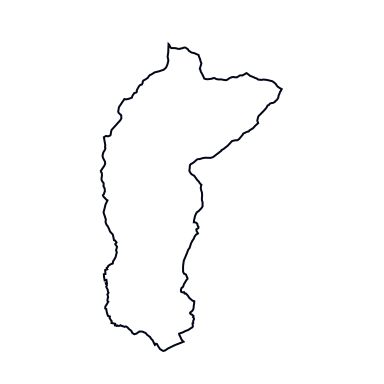 outline of Halmagel, Arad, Romania, rotated 348°
{"feature_id": "2599482B92000052387360", "entity_name": "Halmagel", "entity_type": "district", "adm_level": 2, "iso_a3": "ROU", "parent_name": "Romania", "parent_adm1": "Arad", "projection": "robinson", "projection_center": [22.664, 46.307], "detail": "fine", "context": "isolated", "style": "outline", "palette": "ink", "viewbox_px": 384, "rotation_deg": 348, "n_neighbors": 0, "source": "geoboundaries", "source_scale": "gbopen_adm2", "svg_char_len": 5917}
<svg xmlns="http://www.w3.org/2000/svg" viewBox="0 0 384 384"><g transform="rotate(348 192 192)"><path d="M271.0,138.4L270.9,137.3L270.7,135.7L271.4,134.2L272.4,132.2L273.0,131.5L275.3,130.0L278.2,128.1L279.8,127.0L282.3,125.1L283.9,123.1L285.3,122.9L286.4,121.9L287.3,121.6L289.0,121.6L289.8,121.7L291.8,121.1L292.4,120.5L294.5,119.3L296.0,117.7L296.8,115.6L297.8,114.3L299.1,112.2L300.2,111.3L300.4,110.7L301.1,110.0L300.5,109.5L298.7,107.8L297.4,106.3L297.0,105.4L296.6,104.1L295.3,102.2L294.1,100.9L293.6,100.4L292.8,99.9L291.7,99.5L289.4,98.3L288.3,97.9L285.8,97.0L284.3,96.8L283.3,96.8L281.3,96.2L279.8,95.6L279.0,94.5L277.2,93.4L276.6,92.9L275.8,92.3L272.9,90.4L272.0,89.2L270.0,87.0L267.8,87.8L265.3,88.5L264.7,88.2L263.5,88.0L262.8,88.0L260.1,89.1L259.3,89.1L257.9,88.7L256.4,88.1L254.5,88.0L253.0,88.3L252.0,88.6L249.2,89.7L248.2,89.6L246.2,88.9L245.1,88.4L244.5,88.1L243.5,87.8L242.5,87.6L241.6,87.4L240.7,87.2L240.0,86.9L239.3,86.6L238.5,85.9L237.9,85.4L237.7,85.2L237.3,85.2L236.7,85.1L236.2,85.0L235.7,85.2L234.5,85.3L231.2,85.0L230.5,84.9L228.7,84.3L227.5,83.5L227.2,81.7L226.7,79.6L226.2,77.8L225.6,76.2L225.6,74.9L225.6,74.0L225.2,73.3L225.9,71.9L227.0,69.9L227.9,68.2L227.8,67.2L227.6,66.5L227.6,65.5L227.4,64.5L227.6,63.5L227.3,63.0L227.2,62.5L227.1,61.4L227.0,61.0L226.9,60.0L227.0,59.6L226.7,59.1L226.1,58.8L224.8,57.9L223.2,56.7L221.4,55.9L220.9,55.7L219.6,54.6L218.9,53.8L218.1,53.0L217.8,51.7L216.5,50.4L215.9,49.6L215.0,49.2L214.3,49.1L213.4,49.2L212.6,49.4L211.8,49.3L210.9,49.3L210.1,49.5L209.4,49.4L208.1,49.0L207.3,48.7L206.5,48.2L205.7,47.9L205.2,47.7L203.0,47.2L202.2,47.1L201.6,46.9L201.4,46.4L201.0,45.9L200.5,44.5L200.5,43.9L200.4,43.4L199.8,42.5L197.7,50.8L196.3,54.4L196.2,58.6L194.5,62.1L192.6,64.8L189.8,66.5L184.7,67.1L180.5,67.2L176.6,68.6L175.0,68.9L173.6,70.0L172.7,71.0L170.2,72.1L167.8,72.8L166.9,73.5L166.4,75.0L165.4,76.4L163.2,76.7L161.9,77.8L160.3,79.6L159.8,80.3L159.1,81.2L158.8,82.6L157.8,83.2L156.1,83.2L155.2,84.2L154.5,84.7L153.7,85.6L152.8,87.2L149.6,87.7L146.6,87.7L145.2,87.0L138.2,93.8L136.5,98.1L136.8,99.5L138.7,102.2L138.2,105.3L136.8,106.9L126.1,114.7L125.0,117.2L124.4,119.0L123.8,119.7L121.4,120.1L119.6,119.3L117.2,120.1L116.9,128.3L116.2,130.1L116.4,131.2L115.6,132.6L113.4,135.0L112.1,137.7L112.0,139.9L113.2,144.4L113.0,146.1L111.9,147.9L107.2,152.4L107.1,153.3L107.7,154.3L107.5,156.7L106.9,158.4L106.1,160.5L106.1,161.6L106.4,162.8L107.4,165.0L107.0,166.9L106.6,167.9L107.3,170.2L106.9,173.4L106.0,174.4L105.7,175.4L104.2,176.6L104.4,178.0L105.5,179.8L106.8,181.9L107.6,182.6L104.9,186.1L101.2,193.7L101.8,198.9L102.0,201.0L101.2,203.4L101.3,204.6L101.6,206.4L102.2,207.3L103.1,210.4L103.6,213.6L105.7,217.2L105.7,223.0L106.7,223.5L107.7,225.6L107.7,225.8L106.1,226.9L106.2,227.3L107.3,230.0L105.6,233.3L105.9,235.3L103.7,239.8L102.1,241.7L100.3,243.5L99.9,244.5L99.7,245.4L99.4,245.6L97.9,245.6L97.0,246.0L96.0,246.3L94.7,246.8L94.2,247.8L92.7,248.6L92.9,249.7L93.0,250.0L90.8,250.3L90.3,254.2L88.7,254.1L88.3,256.4L88.2,260.3L90.0,260.2L89.8,263.5L88.7,263.3L88.7,263.9L89.4,264.0L89.3,265.8L88.9,266.1L88.4,266.8L88.6,267.9L89.2,270.0L89.1,272.1L89.4,273.2L87.9,274.6L88.1,275.7L88.1,277.6L87.4,278.5L86.8,280.2L86.7,281.0L86.9,281.7L87.2,282.0L86.9,282.2L86.8,282.3L86.4,282.9L85.5,283.9L84.0,285.4L83.7,285.7L83.2,286.5L82.9,287.9L83.8,288.6L83.7,289.6L83.7,292.6L83.8,293.3L83.8,294.4L84.1,295.7L84.4,295.7L84.9,296.3L85.8,296.7L85.2,298.1L86.1,300.7L86.6,301.7L86.0,303.4L89.4,304.9L88.9,306.4L88.9,306.5L90.7,306.8L90.6,307.3L91.8,307.5L92.9,307.8L93.9,307.8L94.3,307.5L95.6,308.5L95.7,308.4L97.9,309.8L98.2,309.9L98.9,309.7L99.8,310.0L100.3,310.5L101.2,311.8L102.2,313.4L103.4,314.7L104.0,315.7L104.1,316.8L104.2,317.3L105.5,318.7L105.9,319.1L107.0,319.0L107.5,319.0L108.0,319.0L108.5,318.9L109.0,318.6L109.6,318.3L110.5,318.0L111.2,317.8L111.4,317.6L112.1,317.6L112.6,317.7L113.3,318.0L114.3,318.2L115.1,318.6L116.2,319.6L117.2,320.1L117.8,321.2L118.1,321.8L118.5,322.5L119.2,323.2L120.3,324.6L121.0,325.3L121.1,326.1L121.6,327.2L122.5,328.6L122.8,329.3L123.7,333.3L123.9,333.9L125.3,332.9L126.1,333.4L127.2,336.9L128.1,339.0L129.7,340.6L130.9,341.5L132.7,341.4L135.9,340.1L141.8,338.6L143.6,338.2L152.6,336.7L151.6,335.2L150.9,333.5L150.5,331.3L149.9,329.3L149.9,327.9L154.3,327.3L156.6,326.6L159.5,326.2L163.1,324.8L164.3,324.4L164.9,323.6L165.2,320.6L165.9,320.5L166.4,318.3L167.6,316.6L167.5,315.8L167.4,315.0L167.0,314.6L167.7,313.7L166.6,312.0L166.0,311.8L165.0,310.6L164.9,310.1L165.1,309.6L167.4,308.4L168.6,307.4L169.4,305.9L169.8,304.5L170.1,303.5L170.9,301.5L171.5,299.3L170.0,298.5L168.3,296.3L167.2,294.8L166.7,293.2L165.7,291.3L165.0,290.1L164.4,289.9L163.7,289.8L163.6,288.9L163.4,288.3L162.4,288.4L160.9,287.7L160.6,287.3L160.7,285.8L161.1,284.8L161.9,283.6L162.1,283.4L163.0,283.3L163.8,282.5L165.0,280.4L167.2,278.1L168.3,276.9L169.4,276.2L169.7,275.5L168.9,271.4L167.3,270.3L166.7,268.2L167.5,264.3L168.0,262.2L169.7,257.5L171.2,255.3L174.4,250.7L176.2,247.8L178.1,246.1L180.4,242.0L182.2,239.8L183.8,238.3L185.4,236.0L187.1,234.5L188.9,234.0L189.3,233.6L188.9,232.9L188.3,230.7L188.5,229.4L190.6,228.7L191.1,227.6L190.5,226.1L190.5,224.1L189.7,223.0L188.3,222.1L187.5,222.0L188.3,219.7L190.0,216.1L191.1,214.5L192.4,212.9L194.5,212.1L195.9,211.1L197.5,210.1L199.3,208.4L200.2,204.2L200.0,202.0L200.6,199.2L201.2,197.6L201.6,194.6L201.4,192.8L201.3,190.4L202.0,188.1L202.7,187.0L201.6,185.3L200.6,182.8L199.7,181.6L197.5,176.5L195.9,175.2L194.7,173.7L193.8,170.8L194.8,167.9L195.6,165.3L196.7,164.4L198.4,164.0L200.6,163.0L203.5,161.3L204.8,161.1L206.0,161.3L206.6,161.4L208.9,161.1L211.9,161.2L217.3,162.5L220.0,162.2L225.4,159.6L229.2,157.8L229.5,157.2L231.8,156.5L234.6,155.1L236.5,154.2L239.6,152.0L241.7,150.5L245.0,150.4L247.2,150.8L249.1,150.0L253.5,146.5L254.3,145.5L258.7,144.5L259.7,144.6L260.2,144.5L261.0,143.7L265.0,142.3L267.7,140.3L271.0,138.4Z" fill="none" stroke="#020617" stroke-width="2"/></g></svg>